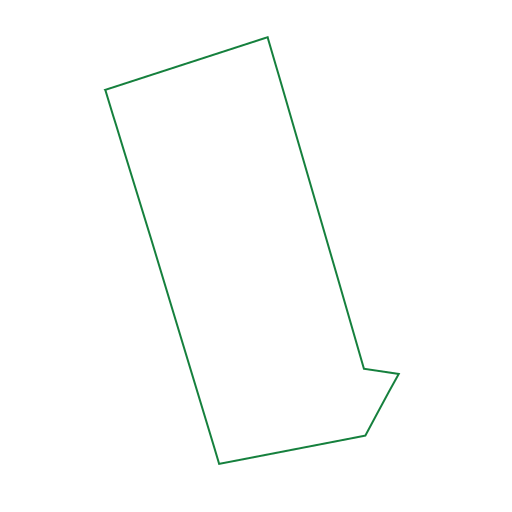 outline of 9 de Julio, Río Negro, Argentina, rotated 162°
{"feature_id": "61730980B80423249669200", "entity_name": "9 de Julio", "entity_type": "district", "adm_level": 2, "iso_a3": "ARG", "parent_name": "Argentina", "parent_adm1": "Río Negro", "projection": "mercator", "projection_center": [-67.548, -40.906], "detail": "fine", "context": "isolated", "style": "outline", "palette": "green", "viewbox_px": 512, "rotation_deg": 162, "n_neighbors": 0, "source": "geoboundaries", "source_scale": "gbopen_adm2", "svg_char_len": 460}
<svg xmlns="http://www.w3.org/2000/svg" viewBox="0 0 512 512"><g transform="rotate(162 256 256)"><path d="M348.1,460.6L348.0,460.3L348.5,434.0L348.6,423.2L349.0,401.4L350.5,303.5L352.2,221.1L354.9,85.9L355.3,69.7L207.5,51.4L189.4,68.8L171.5,85.9L156.7,99.7L188.2,115.4L185.1,209.4L184.5,229.1L184.0,245.5L179.6,385.9L179.4,391.7L178.5,420.8L178.2,432.3L177.4,459.7L177.3,460.0L177.3,460.5L348.1,460.6Z" fill="none" stroke="#15803d" stroke-width="2"/></g></svg>